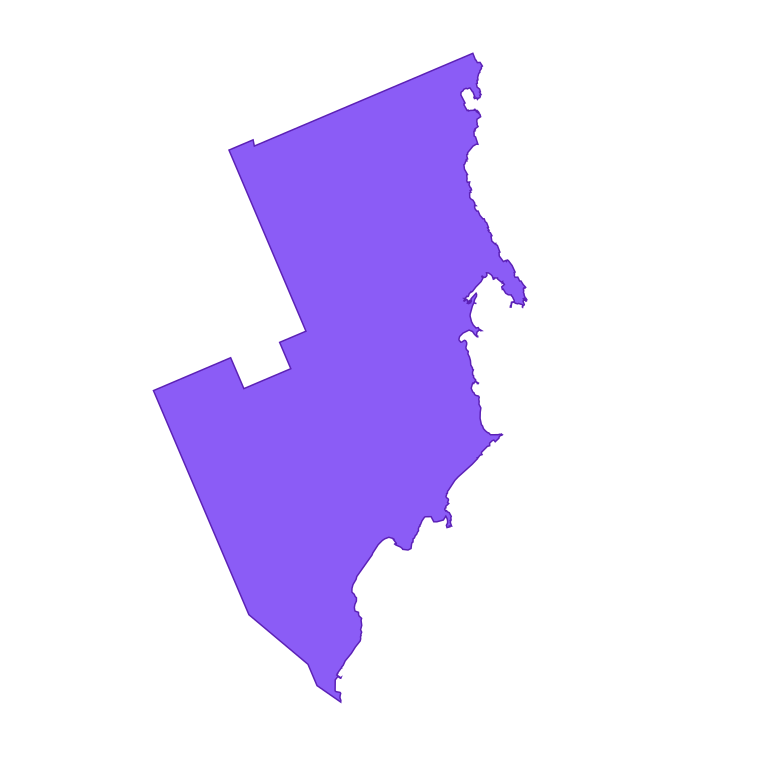 outline of 78, Madinat ach Shamal, Qatar, rotated 157°
{"feature_id": "91078587B72332727540612", "entity_name": "78", "entity_type": "district", "adm_level": 2, "iso_a3": "QAT", "parent_name": "Qatar", "parent_adm1": "Madinat ach Shamal", "projection": "albers", "projection_center": [51.051, 25.993], "detail": "fine", "context": "isolated", "style": "filled", "palette": "violet", "viewbox_px": 768, "rotation_deg": 157, "n_neighbors": 0, "source": "geoboundaries", "source_scale": "gbopen_adm2", "svg_char_len": 6171}
<svg xmlns="http://www.w3.org/2000/svg" viewBox="0 0 768 768"><g transform="rotate(157 384 384)"><path d="M598.8,468.0L598.5,224.4L563.5,155.7L563.5,132.5L548.1,108.1L547.3,109.7L547.2,112.2L546.3,114.1L544.7,116.2L545.0,117.3L548.3,119.5L548.9,120.7L544.5,130.7L540.7,132.8L539.0,130.0L539.2,129.6L538.2,130.6L538.6,130.5L541.2,134.6L539.7,135.6L539.9,135.9L534.5,139.2L533.9,139.1L533.6,140.0L531.5,141.0L527.9,144.3L519.3,148.8L513.1,153.1L506.3,156.8L505.0,158.6L504.4,160.5L503.4,161.4L503.5,162.1L501.5,164.3L501.6,166.9L498.8,170.5L497.4,175.5L496.2,177.0L497.6,180.3L497.5,181.7L496.7,183.8L499.3,186.2L499.3,187.2L498.6,189.9L497.0,192.4L494.2,195.0L492.9,198.0L493.6,199.6L493.6,202.1L494.8,204.8L494.5,205.9L493.3,208.4L490.9,211.5L486.0,215.1L484.3,217.4L461.8,231.3L460.4,232.8L452.1,238.4L446.7,240.6L443.8,241.2L439.4,241.0L436.3,238.5L435.5,237.4L435.5,237.0L436.1,237.3L435.9,236.4L434.9,232.5L435.3,232.0L436.1,232.7L436.7,232.5L436.0,231.2L432.5,227.5L431.4,225.3L431.4,224.5L426.7,221.8L423.4,222.0L421.2,225.8L420.0,227.2L419.1,227.2L417.7,230.1L416.2,230.4L414.3,232.3L412.9,232.7L411.0,234.6L409.6,235.4L408.9,237.3L407.7,238.7L406.3,239.2L406.3,240.1L405.3,240.4L402.5,243.2L398.7,245.6L397.7,245.6L392.5,243.5L392.0,237.7L389.2,236.5L382.5,235.6L378.7,238.2L378.5,235.3L379.0,233.0L379.9,231.1L381.8,229.6L382.1,227.2L379.2,226.8L379.2,227.7L377.3,226.8L377.1,230.6L376.6,231.1L376.4,232.5L375.4,232.5L374.7,234.9L373.8,235.8L374.2,240.1L375.6,241.6L375.9,243.0L376.8,243.0L377.1,244.9L376.4,245.8L375.4,245.8L374.9,247.3L371.1,248.7L371.8,250.1L369.9,252.1L369.9,253.5L370.9,254.9L370.9,256.3L369.5,257.8L369.2,258.7L368.3,258.7L367.3,260.6L366.4,260.9L356.4,267.6L352.1,269.5L334.1,275.7L327.0,278.8L327.0,279.7L326.0,279.5L323.6,280.9L321.3,280.7L321.5,282.1L320.8,283.1L313.2,286.2L310.8,285.9L309.9,288.3L306.6,289.5L305.1,289.5L304.7,289.3L304.2,287.4L299.4,289.2L298.9,290.1L296.9,291.2L295.8,290.8L294.9,291.0L295.6,292.2L296.6,292.0L297.3,292.6L298.7,292.7L305.8,295.7L306.7,298.1L307.6,298.7L309.0,301.4L309.9,304.1L309.7,306.8L310.2,308.6L309.0,314.8L306.4,320.5L304.2,324.1L304.5,328.3L303.2,330.8L302.7,333.0L301.5,334.6L301.7,335.9L304.0,337.7L304.7,338.9L304.6,340.7L305.4,342.0L305.4,346.0L302.4,349.8L301.6,350.2L301.2,349.4L299.2,350.8L297.6,348.4L297.9,347.9L297.2,347.5L296.7,347.9L298.9,350.9L298.0,351.7L299.0,355.1L298.3,356.6L298.8,357.9L297.8,360.5L296.2,362.1L296.7,362.9L296.3,364.2L296.7,367.6L295.3,371.7L294.8,375.6L295.0,378.9L293.7,381.1L294.7,383.7L294.3,385.8L292.5,388.0L291.8,389.5L291.8,390.6L292.0,392.0L292.9,392.8L296.2,392.2L297.1,392.5L297.2,393.6L297.7,394.4L297.6,395.9L295.8,398.2L291.3,400.0L284.6,400.4L282.0,397.7L281.3,394.3L280.0,391.3L279.3,390.8L279.0,391.4L280.0,392.4L278.2,395.4L275.1,396.6L274.3,395.3L273.3,395.0L275.1,397.5L275.2,399.1L277.4,399.6L278.8,403.4L279.1,407.1L278.2,413.0L277.3,414.7L272.2,421.2L269.6,423.6L267.5,421.9L269.5,423.7L267.6,426.3L264.6,428.6L263.7,430.4L263.8,431.6L270.5,428.5L271.2,426.5L271.6,427.0L272.3,425.2L272.5,425.4L272.2,427.2L273.4,427.9L272.6,427.2L273.4,424.9L274.2,424.9L273.8,427.1L274.2,427.7L274.0,427.2L274.7,425.4L275.1,425.2L275.8,425.8L275.0,426.5L274.7,428.2L274.6,429.2L275.1,429.8L277.5,428.9L278.0,429.4L276.1,430.8L276.5,431.3L275.9,431.1L273.4,432.4L272.7,431.7L272.1,431.8L270.1,434.0L268.4,434.4L267.8,435.0L267.4,434.5L266.3,434.7L261.4,437.5L254.7,440.3L251.9,442.5L251.9,444.9L251.4,444.9L250.5,443.0L249.0,442.7L247.6,443.2L246.7,443.9L246.2,446.3L244.3,445.3L242.6,442.5L242.2,441.0L242.4,437.7L241.4,437.7L241.4,438.7L238.1,437.2L238.4,436.3L236.2,432.0L234.8,432.0L235.8,430.5L234.8,430.5L234.3,428.6L237.7,427.4L238.1,424.8L237.2,424.8L236.5,420.0L235.5,418.6L234.8,417.6L232.0,416.2L232.2,415.3L231.7,414.3L231.5,410.0L231.9,408.9L234.7,409.5L236.4,406.7L236.9,406.7L237.7,405.5L237.0,405.1L234.7,408.9L232.0,408.7L232.2,408.1L231.4,406.9L229.7,405.6L228.6,405.5L225.8,403.1L225.5,402.0L226.6,400.9L226.4,400.5L225.4,401.9L224.5,401.8L223.8,402.3L223.7,405.7L223.4,406.2L222.5,406.2L222.5,408.1L221.5,408.1L221.0,404.8L220.6,404.8L220.6,405.7L219.6,405.7L219.9,407.6L220.3,408.1L220.3,411.4L219.9,411.9L219.9,413.8L218.9,415.3L218.9,416.2L218.2,417.6L216.8,418.1L216.8,417.2L215.8,417.6L217.0,421.0L217.7,425.3L218.9,425.8L219.1,430.1L221.7,431.0L221.7,432.9L220.8,434.3L220.6,435.8L219.6,435.8L219.8,442.9L221.3,449.1L222.0,449.9L223.4,449.1L223.4,450.1L226.3,450.1L227.9,456.8L226.7,460.1L225.8,460.1L225.5,467.3L226.5,468.7L226.2,469.7L227.2,469.7L228.9,473.5L227.7,478.3L226.7,478.3L227.0,481.6L227.9,483.0L228.1,484.5L227.2,484.5L227.7,487.3L226.7,487.3L226.5,492.1L227.4,494.0L227.2,496.9L228.4,497.4L229.8,501.7L229.8,506.4L231.0,506.9L231.7,509.3L231.7,510.7L231.0,512.6L229.6,512.2L230.3,513.6L230.3,514.5L229.8,515.0L230.3,518.4L231.7,520.3L232.2,522.2L230.5,526.5L229.1,526.5L229.1,528.4L227.6,528.4L227.4,530.3L227.9,531.7L227.9,534.1L226.2,536.5L228.4,537.0L228.4,538.9L227.4,540.3L226.2,544.1L225.3,544.1L226.0,550.3L224.8,554.6L223.8,554.9L221.5,557.3L220.5,557.0L220.5,558.5L219.1,558.5L218.8,561.3L218.1,562.8L217.2,562.8L216.7,564.2L209.1,568.2L205.3,568.7L203.9,568.0L203.2,575.6L204.1,577.1L202.5,581.4L201.5,581.4L201.5,582.3L200.6,582.3L200.6,583.3L196.8,584.2L197.0,586.6L196.5,587.1L196.0,589.5L194.9,591.4L190.6,592.3L190.3,594.7L191.5,597.1L190.6,597.1L191.1,598.6L192.5,598.6L192.5,599.0L191.5,599.0L191.5,599.5L192.7,600.0L193.0,601.4L193.4,601.4L193.4,600.5L197.7,602.1L199.6,602.4L199.6,603.3L200.6,603.3L201.3,609.5L200.6,611.0L199.6,611.0L200.3,620.0L199.1,622.4L196.7,623.1L195.3,624.1L192.9,624.1L192.0,623.1L189.6,623.1L189.2,622.9L188.4,618.6L188.0,618.1L188.2,612.9L189.2,612.9L189.2,611.4L186.8,611.0L186.8,609.5L185.4,610.2L183.9,610.2L183.0,611.0L183.0,612.4L181.6,612.4L182.0,615.3L181.1,615.3L180.8,618.1L182.3,621.0L181.6,624.3L180.6,624.3L179.7,627.2L178.7,627.2L178.0,629.6L175.4,632.9L174.0,633.4L173.5,634.8L171.1,636.3L170.6,637.7L169.2,638.2L169.9,642.5L172.5,643.4L172.8,646.3L173.2,646.8L173.0,653.7L410.4,653.7L409.1,659.9L435.3,659.9L435.2,463.1L463.8,463.1L463.8,434.5L514.8,434.5L514.9,468.1L598.8,468.0Z" fill="#8b5cf6" stroke="#5b21b6" stroke-width="1.5"/></g></svg>